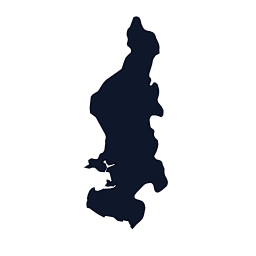 the Urban Prefecture of Kyōto, rotated 226°
{"feature_id": "JPN-1850", "entity_name": "Kyōto", "entity_type": "Urban Prefecture", "adm_level": 1, "iso_a3": "JPN", "parent_name": "Japan", "parent_adm1": "", "projection": "albers", "projection_center": [135.379, 35.234], "detail": "fine", "context": "isolated", "style": "filled", "palette": "ink", "viewbox_px": 256, "rotation_deg": 226, "n_neighbors": 0, "source": "natural_earth", "source_scale": "10m", "svg_char_len": 2977}
<svg xmlns="http://www.w3.org/2000/svg" viewBox="0 0 256 256"><g transform="rotate(226 128 128)"><path d="M52.9,61.6L55.2,61.8L55.7,63.5L57.3,63.0L59.6,63.8L61.0,64.3L63.6,62.2L64.4,61.7L65.7,61.2L65.2,59.2L68.8,56.7L71.7,56.5L74.0,56.3L76.0,54.9L81.3,51.1L81.0,49.1L87.4,47.1L93.7,45.8L97.1,45.3L99.2,43.9L102.2,46.2L103.6,49.0L105.5,50.3L107.5,53.4L109.0,57.0L109.2,59.7L108.4,61.8L105.8,60.2L103.2,62.0L101.6,65.3L101.1,67.3L99.9,68.6L96.3,72.8L94.2,76.3L94.2,79.4L95.2,80.3L96.6,80.0L96.7,77.3L98.5,75.9L100.2,73.3L101.9,72.2L102.5,75.4L104.0,76.0L104.7,76.7L103.6,77.5L102.3,77.6L100.8,77.4L100.6,79.9L108.6,84.5L110.5,83.7L111.6,82.7L113.0,85.2L112.2,87.4L111.6,88.8L110.4,91.7L110.2,93.0L110.9,94.8L112.3,93.6L113.5,91.0L115.1,88.6L117.4,88.7L120.5,90.2L121.5,89.3L121.5,85.4L117.8,86.3L114.8,84.9L113.3,80.7L116.3,78.1L117.8,77.5L121.5,77.4L123.2,76.9L124.5,75.6L125.7,74.0L126.2,72.4L129.2,70.4L128.6,72.9L127.8,75.3L130.1,76.2L131.7,77.3L131.2,79.7L130.9,80.3L129.2,81.3L127.9,82.3L126.5,83.8L126.2,85.1L126.7,86.7L127.5,88.1L128.0,89.6L128.0,90.4L127.1,92.5L127.2,94.0L127.9,96.1L132.0,101.2L134.3,103.3L135.3,105.0L136.3,106.3L139.0,107.8L158.0,113.0L164.9,111.9L168.7,115.0L175.7,123.4L176.0,125.8L174.7,131.4L174.9,133.5L176.7,140.6L177.0,143.3L177.1,145.7L174.3,163.8L174.3,164.5L175.7,167.6L177.5,170.8L179.4,174.9L179.7,177.2L179.8,179.5L179.6,181.9L180.1,183.4L180.7,184.3L182.0,185.3L183.6,185.7L185.6,185.7L187.4,185.4L189.1,186.4L190.0,188.2L191.0,189.6L192.1,190.6L195.4,192.2L196.8,193.7L198.0,195.4L198.6,196.9L198.7,199.9L203.1,209.0L202.1,210.9L200.9,211.7L199.5,212.1L198.3,211.8L196.5,211.0L193.9,209.3L189.6,207.8L186.8,207.7L184.2,208.8L182.0,210.5L179.0,211.8L176.8,211.7L174.9,210.9L173.8,210.2L168.6,208.5L166.6,207.5L164.8,206.3L162.6,203.9L160.6,202.3L161.7,198.3L160.8,194.2L159.9,192.4L157.5,189.0L152.8,180.5L151.2,178.8L149.5,178.1L148.2,178.3L146.6,177.3L144.6,173.1L143.6,172.5L142.5,173.0L141.8,174.1L141.4,175.2L141.9,176.4L142.2,177.9L141.3,178.7L138.9,178.9L134.5,176.5L132.2,174.4L130.4,171.9L128.7,168.7L126.8,167.3L125.1,166.7L120.3,166.4L116.5,165.2L113.8,162.5L113.3,161.3L113.3,160.0L114.4,159.4L116.1,158.7L118.4,157.2L120.8,154.7L121.3,152.7L120.7,151.0L119.8,149.1L118.5,147.9L114.0,144.6L112.4,144.0L109.0,144.6L107.6,144.1L106.6,142.3L105.1,141.0L103.2,140.3L101.2,140.0L98.8,140.2L95.8,138.1L94.1,135.9L92.0,132.1L90.4,127.3L89.6,126.4L88.9,126.1L86.3,125.9L85.0,126.2L82.1,128.0L80.0,128.2L78.3,127.1L73.6,125.2L71.9,123.4L70.3,122.1L68.8,121.2L64.4,119.9L62.0,118.7L60.8,117.3L60.2,116.0L60.0,114.8L60.4,108.8L60.7,107.1L61.3,105.2L62.4,104.3L63.7,104.2L65.4,104.9L68.3,106.8L69.5,107.3L70.6,107.5L72.0,107.4L73.2,106.8L74.1,105.7L75.0,104.4L75.9,102.9L76.5,101.2L76.6,99.5L76.3,89.3L75.8,86.0L74.7,84.4L73.3,83.5L71.8,83.6L70.5,84.1L66.5,86.3L64.3,86.9L61.8,86.3L58.9,84.4L55.5,79.5L54.1,77.2L53.4,75.3L53.2,73.2L53.2,70.5L53.3,68.9L53.4,67.2L52.9,61.6Z" fill="#0f172a" stroke="#020617" stroke-width="1.5"/></g></svg>